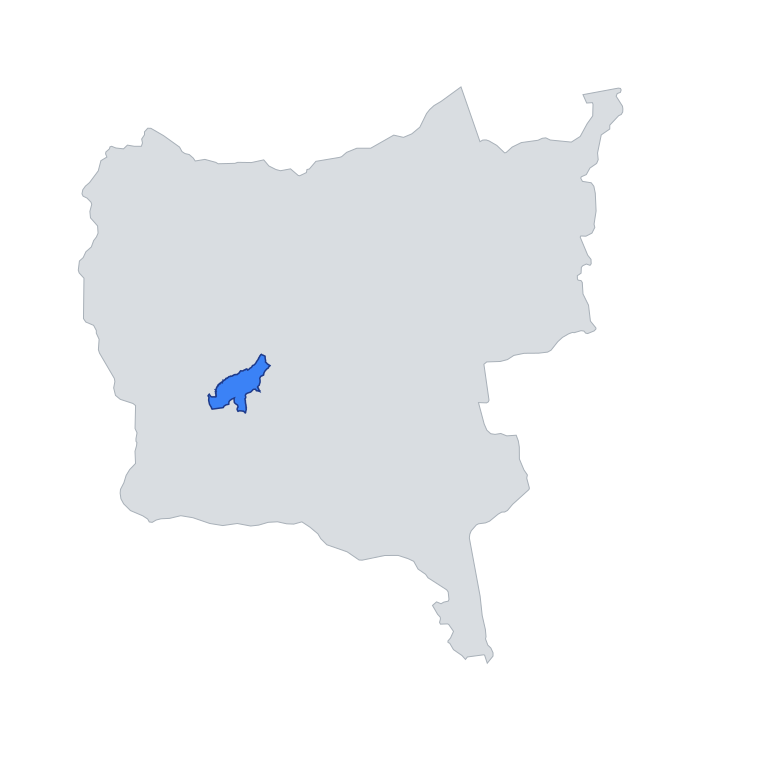 Djolu, Équateur, Democratic Republic of the Congo shown in context, rotated 260°
{"feature_id": "63176286B56364191841329", "entity_name": "Djolu", "entity_type": "district", "adm_level": 2, "iso_a3": "COD", "parent_name": "Democratic Republic of the Congo", "parent_adm1": "Équateur", "projection": "albers", "projection_center": [22.514, 0.679], "detail": "fine", "context": "in_parent", "style": "filled", "palette": "blue", "viewbox_px": 768, "rotation_deg": 260, "n_neighbors": 0, "source": "geoboundaries", "source_scale": "gbopen_adm2", "svg_char_len": 8916}
<svg xmlns="http://www.w3.org/2000/svg" viewBox="0 0 768 768"><g transform="rotate(260 384 384)"><path d="M663.2,511.4L606.0,520.6L607.1,523.7L606.6,527.0L605.2,529.6L599.4,536.5L590.7,542.9L590.7,544.4L595.1,551.4L597.9,561.1L597.3,578.0L598.5,582.6L598.3,586.1L595.4,590.1L589.7,610.5L593.7,620.2L605.1,629.3L611.8,636.1L623.1,638.4L624.9,638.1L625.5,632.4L634.4,630.2L634.7,666.1L634.0,668.2L632.4,668.6L630.2,667.5L629.5,664.1L627.1,662.6L616.2,667.1L613.4,667.0L610.4,666.3L608.2,664.4L607.5,661.7L599.7,651.3L595.9,650.6L591.6,641.2L574.4,634.4L567.7,633.9L564.3,631.7L560.9,624.3L555.1,619.6L553.8,614.3L552.6,613.5L549.1,614.6L546.2,623.0L542.3,625.0L535.2,625.2L517.5,622.9L504.9,618.6L501.6,618.8L496.5,615.0L494.5,608.5L495.6,603.5L494.6,602.7L475.4,607.0L470.8,609.5L466.4,608.9L465.1,607.5L467.0,604.1L466.0,600.3L464.6,598.6L458.9,597.3L457.1,593.2L453.7,592.7L452.5,593.3L451.6,596.0L449.6,596.9L438.1,595.6L426.1,599.1L410.1,598.2L402.5,602.4L401.4,602.3L399.8,600.2L398.3,593.3L399.1,591.4L401.4,590.1L402.3,587.3L401.5,580.2L402.1,578.5L401.3,574.4L398.9,567.8L395.5,562.5L388.3,554.4L387.0,550.7L387.5,541.7L389.9,527.4L389.6,516.8L386.6,509.8L386.0,502.4L387.9,489.0L386.1,485.8L349.8,484.6L348.3,483.6L347.6,481.7L349.3,473.8L327.2,475.7L320.6,477.3L316.5,480.5L315.1,484.6L315.0,490.4L311.6,495.9L310.6,505.3L304.5,506.4L298.4,506.3L286.6,504.3L275.1,506.9L269.5,509.4L266.5,508.2L256.2,509.1L254.9,508.4L243.2,489.8L238.0,483.6L237.0,480.6L237.4,477.7L236.0,473.8L230.6,464.2L229.6,459.8L229.9,452.8L229.2,450.5L224.3,444.4L221.1,442.4L217.5,441.3L158.4,441.8L138.9,440.5L124.6,441.2L117.4,440.6L115.4,439.7L108.8,440.9L105.4,443.4L100.3,444.7L97.1,444.1L91.1,437.2L99.4,436.0L100.0,435.3L100.7,418.7L98.6,416.4L103.1,413.6L110.3,406.3L117.3,403.7L118.3,402.2L119.8,402.3L122.3,405.4L128.3,409.5L135.9,406.0L136.7,405.0L137.7,397.9L139.6,397.3L142.8,398.8L144.6,398.9L147.9,396.8L157.5,393.3L160.3,397.9L157.7,402.0L158.8,405.0L159.0,409.5L160.6,410.6L168.1,411.1L170.4,410.0L185.5,393.7L189.4,391.9L195.8,385.4L204.2,382.5L207.8,377.4L212.7,368.2L215.0,354.9L214.3,331.9L215.0,328.9L225.1,318.6L235.6,299.8L242.6,294.9L247.9,292.9L256.0,286.1L262.5,279.2L261.7,270.8L263.2,263.9L266.8,255.2L267.9,245.9L266.8,236.1L267.3,228.0L272.1,215.3L272.6,200.6L276.9,188.2L285.5,172.6L289.6,161.0L288.9,149.4L290.0,141.0L289.6,136.0L288.0,131.7L288.9,128.9L292.1,127.8L296.1,123.5L303.4,112.3L311.2,106.8L316.6,105.0L322.3,105.2L326.0,106.2L331.9,110.7L338.8,114.2L343.9,118.7L348.9,125.5L361.0,127.1L366.2,129.6L369.4,130.5L370.6,129.8L373.1,130.2L378.8,132.3L383.4,131.1L405.9,135.6L408.4,133.4L414.7,121.6L419.4,117.6L427.1,117.1L433.1,119.4L436.3,119.4L463.8,109.2L467.4,108.7L477.5,111.2L484.0,109.5L486.6,110.0L492.2,108.2L496.8,101.1L500.6,99.4L540.3,106.9L546.3,103.1L549.2,102.7L558.0,105.4L560.7,109.7L566.0,113.4L569.8,119.6L575.7,123.0L578.7,126.3L582.2,128.6L589.4,129.4L598.6,123.8L605.0,124.3L611.5,127.3L613.8,127.1L618.7,123.8L621.2,120.3L623.7,119.6L627.6,121.1L630.7,124.3L633.5,129.0L643.5,139.6L653.1,144.0L655.6,150.5L659.0,149.8L660.8,150.4L663.3,154.5L665.1,155.3L665.4,157.0L663.0,160.9L660.8,168.3L663.8,172.8L661.4,179.5L660.2,186.3L663.3,188.0L667.3,187.9L671.0,191.4L673.9,191.9L676.9,195.7L676.3,198.8L666.9,210.0L652.8,223.8L648.0,225.4L645.5,228.0L643.8,232.0L639.6,235.4L636.4,236.8L636.3,246.6L631.5,256.8L629.7,258.9L627.2,275.5L627.7,278.4L625.1,291.9L625.6,304.5L618.7,308.5L614.0,314.8L612.0,319.1L612.1,329.3L604.3,335.7L603.7,337.1L605.7,344.3L608.6,345.4L608.7,347.8L615.1,355.6L614.9,379.4L615.2,381.7L618.6,387.4L620.9,398.1L618.5,411.8L627.4,436.8L623.5,446.0L625.5,454.8L630.7,463.9L643.0,472.9L646.3,476.6L649.5,481.6L652.4,489.3L663.2,511.4Z" fill="#d9dde1" stroke="#a8b0b8" stroke-width="1"/><path d="M398.3,260.2L398.6,260.1L398.8,260.5L399.1,260.2L399.3,260.2L399.8,259.8L400.1,259.8L400.2,259.6L400.5,259.7L400.6,259.8L400.9,259.6L401.0,259.6L401.4,259.5L401.5,259.5L401.6,259.4L401.7,259.5L401.8,259.6L402.0,259.5L402.4,259.1L402.6,259.0L402.8,258.9L403.3,259.1L404.6,261.0L405.1,261.2L405.6,261.3L406.4,261.8L407.1,262.2L408.0,262.4L409.2,262.6L411.2,262.6L411.3,262.7L412.9,263.9L413.2,264.7L413.1,264.9L413.1,265.0L413.3,265.2L413.4,265.8L413.6,266.2L413.9,266.6L413.7,266.9L413.9,267.1L414.5,267.1L414.9,267.4L415.4,267.5L416.3,268.1L417.4,269.0L419.0,271.0L419.3,271.5L419.6,272.3L419.8,272.8L420.0,273.0L420.5,273.1L420.8,273.4L421.1,273.9L421.7,274.8L421.9,275.0L422.6,274.2L422.9,273.9L423.1,273.5L423.4,273.4L423.5,273.1L423.9,272.7L424.3,272.4L424.6,272.3L424.9,272.1L425.2,271.8L425.4,271.8L426.2,271.1L427.8,271.5L429.5,271.4L432.0,271.7L432.1,271.4L432.4,271.2L432.6,271.0L433.0,270.4L433.4,269.9L433.6,269.3L434.5,268.4L434.2,267.9L434.2,267.7L433.4,267.0L433.0,266.4L432.6,266.3L432.4,266.1L432.2,266.0L431.7,265.4L431.4,265.2L431.0,264.9L430.9,264.8L430.6,264.9L428.4,262.6L428.3,262.4L427.9,262.3L426.5,261.0L426.2,260.6L425.7,260.0L425.2,259.1L425.1,258.0L425.0,257.8L424.7,257.6L424.6,257.3L424.5,257.2L424.1,257.1L423.8,256.8L423.5,256.3L423.2,256.0L422.9,254.9L422.7,254.5L422.2,254.0L421.8,253.2L421.4,252.3L421.4,252.1L422.3,251.8L422.4,251.7L422.6,251.6L422.7,251.3L422.6,251.0L422.7,250.8L422.3,250.2L422.1,250.0L422.1,249.9L422.2,249.7L422.1,249.1L422.1,248.9L422.1,248.7L421.8,248.4L421.5,247.7L421.4,247.2L421.6,246.2L421.7,245.7L421.9,245.2L421.6,245.0L421.6,244.7L421.3,244.4L421.0,244.1L420.8,244.1L420.6,243.7L420.4,243.4L420.1,243.3L419.7,242.9L419.6,242.3L419.4,242.0L418.9,241.2L419.0,241.1L418.9,240.9L418.8,240.7L418.9,240.4L419.0,240.2L419.1,239.8L419.1,239.7L419.1,239.3L419.0,239.2L419.2,238.8L419.1,238.5L419.1,238.1L418.9,237.8L418.9,237.3L418.6,237.2L418.4,236.5L418.5,236.2L418.3,235.8L418.2,235.8L418.1,235.6L418.1,235.2L418.4,234.6L418.2,234.5L418.2,234.4L418.1,234.2L418.1,233.9L418.1,233.7L418.1,233.3L418.2,233.2L418.2,232.8L418.2,232.7L418.0,232.2L417.8,232.0L417.6,231.8L417.4,231.2L417.2,231.1L417.0,230.8L416.9,230.6L417.1,230.1L417.1,229.9L416.9,229.9L416.9,229.6L416.7,229.3L416.8,229.2L416.7,229.0L416.2,228.9L415.9,228.4L415.9,228.1L415.6,227.8L415.6,227.5L415.5,227.4L415.6,226.9L415.4,226.6L415.2,226.7L415.0,226.4L415.2,226.2L414.9,226.2L414.7,225.9L414.8,225.7L414.7,225.4L414.4,225.2L414.1,225.2L414.0,224.8L413.8,224.8L413.9,224.7L414.0,224.5L414.0,224.4L413.8,224.4L413.6,224.2L413.8,223.9L413.7,223.7L413.4,223.3L413.4,223.1L413.1,223.0L413.0,222.9L413.0,222.7L412.8,222.6L413.0,222.4L413.0,222.2L412.8,222.1L412.7,222.0L412.8,221.9L412.7,221.8L412.5,221.7L412.5,221.4L412.1,221.2L412.1,220.7L411.8,220.7L411.5,220.7L411.4,220.6L411.5,220.4L411.3,220.3L411.3,220.1L411.1,220.0L411.1,219.9L410.9,219.7L410.6,219.8L410.5,219.6L410.2,219.4L410.2,219.1L410.1,218.9L409.8,218.7L409.7,218.6L409.3,218.4L409.1,218.4L408.9,218.2L408.7,218.2L408.3,217.8L408.2,217.8L407.9,217.8L407.8,217.6L407.6,217.6L407.6,217.4L407.5,217.6L407.4,217.6L407.1,217.4L407.2,217.2L407.0,217.3L406.9,217.4L406.7,217.3L406.2,217.4L406.1,217.1L405.9,217.4L405.6,217.1L405.4,217.0L405.2,217.0L405.0,216.9L405.1,216.7L404.7,216.6L404.7,216.9L404.7,217.0L404.5,216.9L404.3,216.6L404.1,216.5L403.8,216.6L403.7,216.9L403.3,216.8L403.2,216.6L402.9,216.6L402.7,216.6L402.6,216.8L402.1,216.6L401.8,216.7L401.7,216.5L401.4,216.6L401.3,216.3L401.2,216.2L401.0,216.3L400.9,216.1L400.6,216.2L400.5,215.8L400.7,215.5L400.8,215.1L400.7,214.6L400.7,214.4L400.9,214.0L401.0,213.7L401.1,213.4L401.1,212.9L401.0,212.7L401.1,212.3L401.4,211.9L401.7,211.3L402.4,211.0L403.2,210.6L404.3,210.1L403.2,208.8L402.9,208.7L402.2,208.9L401.5,209.3L401.2,209.3L399.0,208.6L398.4,208.5L395.2,208.6L394.5,208.6L392.8,209.2L391.3,209.8L390.5,209.9L390.5,210.0L389.8,210.1L389.7,210.1L389.6,210.3L389.1,210.4L388.9,214.9L388.8,218.7L388.7,219.8L388.7,221.5L388.8,221.8L389.3,222.0L389.6,222.2L389.8,222.4L390.0,222.8L390.3,223.4L390.9,224.8L391.0,227.6L393.4,228.2L394.3,229.1L394.6,229.5L394.9,230.2L395.0,230.5L395.3,230.9L395.4,231.1L396.0,233.3L396.2,234.2L395.7,233.9L394.1,233.6L393.2,233.5L391.9,233.4L391.4,233.6L390.2,234.5L388.7,236.1L386.7,236.3L385.7,235.3L385.0,235.1L384.6,234.9L384.0,235.0L382.5,235.4L382.4,235.5L382.6,236.1L382.7,236.7L382.6,237.5L382.1,239.4L381.7,240.4L381.6,240.8L381.6,241.0L381.4,241.1L380.9,241.4L380.7,241.7L379.8,242.2L379.6,242.3L379.7,242.6L380.0,242.8L380.3,242.8L383.3,244.1L383.6,244.1L384.4,243.9L385.0,244.4L385.6,244.2L386.1,244.3L386.4,244.2L386.6,244.2L386.9,244.4L387.3,244.4L387.5,244.3L388.1,244.4L388.4,244.3L388.6,244.2L389.4,244.4L390.0,244.3L390.5,244.4L391.1,244.5L391.4,244.5L391.7,244.6L391.8,244.5L392.0,244.5L393.6,244.5L393.9,244.9L394.4,245.4L395.2,245.6L395.6,245.6L396.0,245.5L396.5,245.4L396.8,245.5L397.9,246.0L398.1,246.6L398.6,247.5L398.7,247.8L399.2,251.2L399.3,251.4L399.8,252.2L401.2,254.0L401.4,254.9L401.2,256.5L400.3,256.9L399.6,257.1L399.5,257.3L399.2,258.3L399.0,259.0L398.8,259.2L398.7,259.6L398.3,260.2Z" fill="#3b82f6" stroke="#1e3a8a" stroke-width="1.5"/></g></svg>